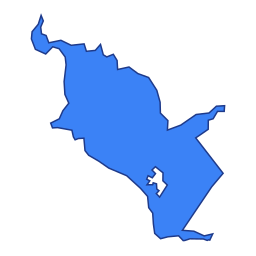 Nukus, Karakalpakstan, Uzbekistan
{"feature_id": "79887680B81962210104758", "entity_name": "Nukus", "entity_type": "district", "adm_level": 2, "iso_a3": "UZB", "parent_name": "Uzbekistan", "parent_adm1": "Karakalpakstan", "projection": "orthographic", "projection_center": [59.493, 42.543], "detail": "fine", "context": "isolated", "style": "filled", "palette": "blue", "viewbox_px": 256, "rotation_deg": 0, "n_neighbors": 0, "source": "geoboundaries", "source_scale": "gbopen_adm2", "svg_char_len": 1325}
<svg xmlns="http://www.w3.org/2000/svg" viewBox="0 0 256 256"><path d="M224.2,111.4L224.6,105.7L216.4,106.2L209.0,113.0L196.1,114.5L180.8,125.1L167.4,130.1L167.9,120.6L160.4,113.1L160.1,102.2L156.8,90.3L148.6,77.5L137.9,73.6L129.0,67.0L117.6,69.5L117.1,60.5L113.3,54.3L106.8,56.9L103.3,54.8L100.5,44.4L95.3,50.4L86.4,51.3L84.1,43.9L71.2,45.3L60.9,40.3L48.8,42.8L46.1,35.5L41.5,33.8L40.7,27.1L43.3,20.9L41.1,15.4L38.3,24.2L32.1,31.7L31.4,38.9L35.4,49.3L45.7,54.0L52.7,46.8L59.1,48.7L65.2,57.0L66.1,64.9L64.1,81.6L64.9,94.4L68.8,103.2L62.9,110.7L59.3,118.8L50.7,123.1L52.5,127.9L57.6,127.6L71.9,130.2L73.4,136.9L75.1,139.8L78.4,138.5L83.9,138.2L85.0,150.6L88.7,155.3L98.7,161.1L108.8,168.1L126.7,175.7L140.4,188.2L147.6,196.4L148.7,207.7L152.7,213.1L153.4,224.0L154.7,233.4L160.6,238.7L167.9,236.8L178.6,235.8L183.2,240.6L184.7,240.5L189.9,238.8L203.4,239.0L207.2,240.4L208.7,239.8L209.8,240.1L212.7,233.9L204.2,235.9L193.9,231.2L182.4,230.3L211.7,186.8L223.1,173.3L195.7,137.9L208.2,129.3L208.3,120.2L213.1,118.8L217.5,111.4L224.2,111.4ZM163.0,172.8L162.9,180.8L167.3,185.0L159.6,197.1L156.3,193.6L159.0,190.7L156.8,189.0L156.5,183.8L153.2,182.8L152.7,184.7L147.0,184.8L149.8,180.8L146.7,179.2L148.1,175.7L152.3,177.8L155.5,173.6L152.0,170.0L155.4,166.7L163.0,172.8Z" fill="#3b82f6" stroke="#1e3a8a" stroke-width="1.5"/></svg>